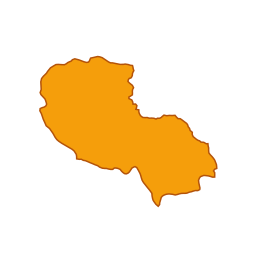 outline of Água Comprida, Minas Gerais, Brazil, rotated 124°
{"feature_id": "56859067B41849798553988", "entity_name": "Água Comprida", "entity_type": "district", "adm_level": 2, "iso_a3": "BRA", "parent_name": "Brazil", "parent_adm1": "Minas Gerais", "projection": "equal_earth", "projection_center": [-48.089, -19.997], "detail": "fine", "context": "isolated", "style": "filled", "palette": "amber", "viewbox_px": 256, "rotation_deg": 124, "n_neighbors": 0, "source": "geoboundaries", "source_scale": "gbopen_adm2", "svg_char_len": 2808}
<svg xmlns="http://www.w3.org/2000/svg" viewBox="0 0 256 256"><g transform="rotate(124 128 128)"><path d="M182.3,153.3L181.2,150.9L180.0,149.2L179.8,147.0L178.9,145.0L178.3,142.1L177.9,139.8L177.4,137.6L176.9,134.8L176.2,132.1L176.3,129.8L175.7,126.9L174.6,124.8L173.6,123.3L172.8,121.0L171.9,119.0L170.8,117.5L168.9,117.0L167.9,115.6L167.1,113.6L166.7,111.3L167.4,109.2L167.7,107.4L167.8,105.5L167.1,103.9L165.6,102.8L163.7,102.3L161.3,102.3L159.0,102.3L157.4,101.5L156.1,100.6L155.9,98.6L157.5,95.3L159.1,92.4L160.5,90.6L161.9,89.0L163.5,86.9L164.6,84.5L165.4,81.9L166.1,79.8L166.7,77.8L167.5,75.1L168.8,71.7L170.9,70.0L172.6,68.3L173.9,66.7L174.6,65.0L175.6,62.3L176.0,59.2L173.8,59.0L172.3,59.9L170.4,60.5L168.5,61.1L167.0,61.6L165.1,61.4L163.1,60.4L161.3,59.0L159.7,57.1L158.1,54.1L157.1,51.4L155.4,49.8L154.1,48.8L152.5,47.3L151.2,45.6L150.3,44.2L149.0,42.7L146.8,41.2L145.3,39.7L143.8,38.6L142.2,37.2L140.8,35.1L138.9,34.1L137.5,34.8L135.9,36.5L133.9,38.6L131.9,40.3L129.5,40.8L127.8,40.7L126.5,39.8L124.9,38.6L123.9,36.8L122.8,34.7L122.1,32.7L121.5,30.5L120.2,28.7L118.2,30.0L116.5,31.2L115.8,33.1L113.7,33.1L111.9,31.8L110.7,32.7L108.9,34.2L107.5,36.2L106.2,38.1L105.4,40.0L104.7,42.4L104.2,44.8L103.5,46.9L102.3,48.0L100.8,49.1L99.4,50.0L98.1,51.5L96.3,53.0L97.3,54.3L97.5,57.2L98.9,59.6L98.6,61.4L99.1,63.2L99.1,65.2L98.9,67.3L98.7,69.2L97.4,71.2L95.6,72.3L95.3,75.1L93.9,76.8L93.3,78.8L92.1,80.2L91.4,81.9L91.3,84.6L91.1,87.8L91.1,90.0L92.3,91.8L91.8,94.1L91.2,96.1L93.0,98.4L94.4,100.7L96.2,102.8L97.2,105.4L99.1,106.0L100.8,106.4L102.3,107.3L103.4,109.0L104.9,109.8L105.4,111.9L106.6,114.0L108.0,115.9L108.6,118.0L109.8,119.6L111.0,121.7L110.8,124.5L109.7,126.7L108.5,128.1L106.9,129.2L108.1,131.9L106.6,132.3L104.5,133.1L103.9,135.1L105.4,137.2L103.8,138.6L102.6,140.6L103.1,143.7L101.8,144.6L100.2,143.8L98.1,142.9L96.6,143.8L95.3,144.8L93.6,145.7L91.5,145.9L90.2,148.2L89.9,152.0L89.4,154.1L87.9,154.7L86.1,154.7L85.0,153.6L83.5,153.5L82.0,153.8L80.5,154.7L78.8,155.1L77.2,155.2L76.0,156.8L74.8,157.9L73.7,159.2L74.7,161.2L75.3,163.4L76.6,166.1L77.8,167.4L79.7,170.1L82.7,177.3L83.8,179.0L84.1,181.2L84.1,188.7L84.8,191.2L85.7,193.1L91.0,198.1L94.0,197.5L95.5,197.6L96.9,199.1L97.7,201.5L99.0,206.9L100.4,210.8L102.5,212.3L104.2,212.5L107.2,214.4L109.5,215.2L111.1,216.1L112.8,218.8L114.3,221.4L115.7,223.2L117.7,224.2L121.4,225.9L126.1,226.3L128.1,226.2L132.5,227.1L135.3,227.3L138.5,226.1L144.6,221.5L147.8,220.6L149.0,218.8L150.3,213.2L151.2,211.8L152.6,210.0L153.7,208.8L155.4,208.4L157.4,209.1L159.1,210.5L161.0,211.7L163.0,210.7L164.5,207.9L166.3,205.5L168.0,203.3L170.4,199.4L171.9,197.1L172.3,192.7L174.4,187.2L176.5,183.1L177.4,180.5L177.7,177.9L177.7,174.3L176.9,162.4L177.2,159.7L178.8,156.1L180.3,154.7L182.3,153.3Z" fill="#f59e0b" stroke="#b45309" stroke-width="1.5"/></g></svg>